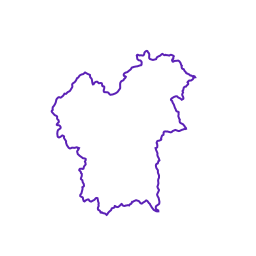 Jequitinhonha, Minas Gerais, Brazil, rotated 307°
{"feature_id": "56859067B30834416316700", "entity_name": "Jequitinhonha", "entity_type": "district", "adm_level": 2, "iso_a3": "BRA", "parent_name": "Brazil", "parent_adm1": "Minas Gerais", "projection": "orthographic", "projection_center": [-41.068, -16.402], "detail": "fine", "context": "isolated", "style": "outline", "palette": "violet", "viewbox_px": 256, "rotation_deg": 307, "n_neighbors": 0, "source": "geoboundaries", "source_scale": "gbopen_adm2", "svg_char_len": 5799}
<svg xmlns="http://www.w3.org/2000/svg" viewBox="0 0 256 256"><g transform="rotate(307 128 128)"><path d="M146.5,60.3L144.1,59.8L142.8,58.7L141.4,58.0L140.5,57.8L138.3,57.9L137.0,57.3L135.6,57.7L133.8,57.9L132.4,57.8L130.4,57.1L129.5,57.1L129.0,57.3L127.8,58.5L127.0,58.9L123.0,59.3L122.3,59.2L120.2,58.2L118.1,58.0L117.6,57.4L117.2,56.6L114.9,56.8L112.2,56.2L111.6,55.8L111.4,55.1L111.1,54.3L110.2,53.8L108.5,53.6L107.6,53.7L104.9,54.9L103.3,55.3L101.4,55.5L99.3,55.4L98.1,56.1L97.2,57.0L96.5,56.8L95.5,56.9L95.1,57.5L94.9,58.0L94.2,61.6L94.6,63.7L94.5,64.5L93.4,65.3L92.8,65.8L92.5,66.5L92.4,67.8L91.4,69.0L90.8,69.2L90.2,69.0L88.2,68.9L87.7,69.2L87.7,69.8L88.5,71.0L88.7,71.7L88.7,72.4L88.2,73.6L87.6,74.1L86.9,74.2L84.8,73.5L84.0,73.4L82.8,73.8L80.8,75.0L78.9,76.9L78.7,77.6L78.9,78.6L80.3,79.4L82.5,80.0L82.9,81.4L82.7,82.1L81.6,82.7L81.3,83.3L80.2,86.5L79.4,87.0L78.8,87.6L77.5,89.5L76.5,92.5L76.6,93.7L77.2,94.4L78.6,95.1L80.0,97.3L81.7,98.6L82.0,99.4L81.7,100.0L82.3,100.4L82.5,101.0L80.8,101.4L79.2,101.3L78.5,101.6L76.9,103.7L76.9,104.7L76.7,105.7L76.8,109.0L76.7,110.0L77.7,111.9L77.8,112.9L77.0,113.5L75.2,113.8L74.5,115.1L73.4,116.1L72.5,116.1L71.7,116.0L70.5,116.1L68.8,116.9L68.1,116.6L67.7,115.6L66.5,114.2L65.6,114.1L64.9,114.5L64.7,116.2L64.4,117.0L63.8,117.4L63.6,118.7L61.8,120.0L59.6,120.6L58.9,121.1L58.8,123.0L57.4,124.5L56.7,126.3L55.3,127.7L54.4,127.7L53.2,127.2L52.9,127.7L51.7,128.5L47.6,130.2L46.6,130.1L45.7,130.2L44.9,130.8L44.9,131.7L45.3,133.5L45.0,134.1L44.3,134.7L43.0,136.6L43.2,137.5L45.0,137.9L46.5,138.7L47.2,139.5L46.7,140.9L46.6,141.5L47.0,142.8L50.4,144.4L52.4,144.5L52.9,144.7L53.4,145.2L53.6,145.9L51.3,148.4L50.6,149.5L50.0,150.1L49.2,150.4L48.1,151.5L46.4,151.9L45.4,152.5L44.9,153.1L44.7,153.8L45.0,154.7L44.9,155.5L44.0,157.0L44.2,157.6L44.9,157.8L45.0,159.4L45.8,160.9L45.9,161.9L45.7,163.2L46.6,163.4L48.2,163.2L49.6,163.3L52.2,163.9L54.0,163.4L56.0,164.8L56.8,164.8L57.7,164.4L58.0,165.0L57.8,165.6L58.4,167.0L58.9,167.6L60.4,168.1L63.4,168.5L63.5,169.1L63.1,169.8L63.0,170.5L63.4,171.8L63.9,172.4L64.8,172.9L65.4,173.6L66.1,174.1L66.7,174.9L66.8,175.5L68.3,175.5L69.0,176.0L70.0,176.2L70.6,175.8L71.5,175.7L71.9,176.3L72.9,176.6L75.2,177.9L76.1,180.5L76.1,181.1L75.6,182.7L75.5,183.5L75.9,184.5L78.0,185.1L79.3,185.7L81.1,186.1L81.3,186.8L81.3,187.7L80.6,189.9L80.6,191.0L79.8,192.5L79.4,193.8L79.0,194.5L78.1,197.8L78.5,200.6L78.9,201.4L79.7,202.4L80.4,201.8L80.1,199.8L80.3,198.9L80.8,198.3L82.1,197.5L82.7,197.5L85.5,198.4L86.3,198.5L87.4,197.9L88.2,197.3L90.6,194.5L91.3,192.8L92.2,191.4L92.9,191.1L96.6,190.3L97.2,190.0L97.9,188.2L98.8,186.8L100.5,186.3L102.1,185.6L104.1,183.7L105.4,183.0L106.9,182.7L108.8,181.3L110.3,178.8L111.0,178.2L111.7,177.8L112.4,177.0L113.0,175.0L113.9,173.7L115.0,172.7L115.8,172.4L116.7,172.4L117.3,173.0L118.0,173.0L119.8,172.2L120.5,172.6L121.1,172.6L122.5,170.5L123.2,168.9L124.2,167.6L125.5,166.8L126.0,166.1L127.4,163.6L128.5,162.1L129.3,162.7L130.2,162.9L131.7,162.0L132.2,161.3L132.7,161.1L133.3,159.8L134.2,159.5L135.1,159.3L135.9,159.7L136.6,160.5L138.4,161.5L139.2,161.3L139.5,160.7L141.9,159.9L142.6,159.8L143.9,160.4L144.5,160.1L145.9,159.1L146.9,159.1L147.8,159.9L148.2,160.7L148.8,161.3L150.2,164.7L151.0,165.3L152.4,165.5L154.5,166.7L155.0,167.1L155.9,170.1L156.6,170.9L158.9,172.1L159.8,172.8L161.0,173.5L161.5,174.3L162.3,174.9L162.9,174.2L163.2,172.5L163.6,171.9L164.1,169.6L163.6,167.1L163.7,166.1L164.6,165.0L166.0,164.2L166.2,163.3L167.8,161.0L169.4,160.2L170.4,159.3L171.1,159.0L171.1,158.1L170.7,157.2L170.7,156.3L171.1,155.5L171.6,155.0L172.3,153.4L174.3,150.5L175.2,148.2L176.0,147.3L176.2,146.6L176.1,145.9L176.4,145.3L177.0,145.0L178.0,145.1L180.6,146.1L182.2,147.2L182.8,148.1L182.6,149.7L183.1,152.3L182.9,153.9L184.5,154.6L185.2,154.3L185.7,153.7L186.2,153.0L186.6,152.0L187.2,151.2L187.9,150.9L189.7,150.5L190.3,149.3L190.9,149.2L191.5,149.3L193.7,148.3L194.4,148.3L195.2,148.6L196.0,149.4L197.0,149.3L199.1,149.7L200.0,149.1L200.3,148.0L201.1,147.9L201.7,148.2L202.5,148.2L203.0,148.6L203.8,149.7L205.1,150.2L205.8,150.4L208.1,150.3L208.9,151.1L209.3,150.1L209.0,149.1L208.0,148.7L208.1,147.8L208.0,147.0L207.4,146.2L207.6,144.5L207.3,143.7L207.3,142.7L206.9,142.0L206.9,141.3L207.3,140.7L207.6,138.9L208.5,137.0L208.1,136.2L208.1,135.3L208.6,134.5L209.3,133.8L210.1,133.6L210.3,132.6L211.6,130.7L212.2,128.8L212.0,127.4L211.3,126.8L209.3,124.5L208.4,124.4L207.9,123.7L208.4,122.6L209.1,122.2L209.7,122.1L210.3,122.5L210.9,122.3L211.4,121.8L212.9,121.4L213.0,120.7L212.6,118.9L212.2,118.1L211.6,117.7L210.7,117.4L210.4,116.8L210.1,116.0L209.3,114.8L209.1,114.0L208.4,113.7L208.0,113.1L207.9,110.9L207.4,110.6L204.7,110.0L203.9,109.4L202.3,108.7L201.6,108.6L199.9,109.0L197.4,107.0L197.1,106.4L196.3,104.0L196.5,103.0L197.1,102.4L199.6,100.7L200.4,99.4L200.4,98.7L201.1,97.2L200.9,96.6L200.2,96.1L198.9,95.8L198.1,95.8L196.4,96.6L195.4,96.6L194.8,96.3L193.9,94.6L192.8,93.4L192.4,91.7L191.8,91.3L191.1,91.4L190.6,92.1L189.3,93.3L188.7,94.0L188.6,94.9L188.6,95.9L189.4,97.3L189.2,98.4L188.8,99.3L186.7,100.7L185.9,100.6L185.5,100.1L182.8,98.3L182.1,97.5L180.2,95.8L179.4,95.4L179.0,94.9L178.3,94.7L176.5,94.9L173.5,94.1L172.3,93.9L170.6,92.6L169.2,92.2L168.3,92.3L167.6,92.8L167.3,93.3L167.2,94.0L167.7,94.7L167.6,95.5L166.3,95.7L164.5,95.4L163.6,95.6L162.9,95.4L161.6,94.6L160.8,94.5L159.4,94.7L158.3,95.3L155.5,97.5L154.8,97.9L152.5,97.9L150.9,98.0L149.9,97.8L148.2,97.2L145.6,95.6L143.9,93.9L143.9,92.8L144.4,91.1L144.2,90.2L142.4,87.5L142.5,86.8L143.6,85.8L145.1,85.3L146.5,84.4L146.7,83.5L146.1,82.7L146.2,82.0L147.4,80.9L147.9,80.1L147.6,79.2L146.2,77.8L146.2,77.2L146.5,75.8L146.1,75.1L145.6,74.6L144.9,74.3L144.0,74.0L142.2,74.2L141.7,73.7L142.4,72.6L145.0,69.9L145.5,69.1L145.8,67.3L147.5,65.6L146.9,63.2L146.5,60.3Z" fill="none" stroke="#5b21b6" stroke-width="2"/></g></svg>